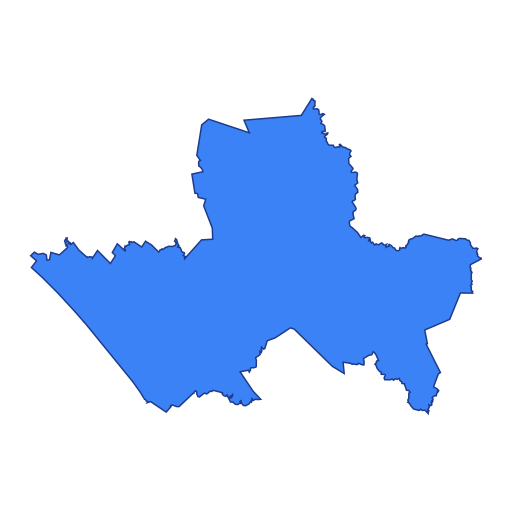 Rosario, Sinaloa, Mexico
{"feature_id": "50627088B45198070242199", "entity_name": "Rosario", "entity_type": "district", "adm_level": 2, "iso_a3": "MEX", "parent_name": "Mexico", "parent_adm1": "Sinaloa", "projection": "orthographic", "projection_center": [-105.736, 23.09], "detail": "fine", "context": "isolated", "style": "filled", "palette": "blue", "viewbox_px": 512, "rotation_deg": 0, "n_neighbors": 0, "source": "geoboundaries", "source_scale": "gbopen_adm2", "svg_char_len": 6060}
<svg xmlns="http://www.w3.org/2000/svg" viewBox="0 0 512 512"><path d="M311.9,98.5L301.3,115.4L244.0,120.2L249.3,132.8L208.6,119.2L201.7,124.9L196.8,155.4L200.4,160.5L199.0,161.1L198.6,162.6L198.8,166.0L200.4,167.1L202.3,169.5L202.9,171.7L191.9,174.1L194.9,193.2L197.6,193.6L198.2,197.4L205.7,199.2L203.7,205.9L212.3,228.1L212.7,239.2L201.5,239.9L184.6,258.8L184.6,257.4L185.3,256.4L183.3,255.6L184.5,253.5L184.2,252.6L182.1,252.1L180.2,247.6L177.6,247.1L177.8,246.3L179.0,245.8L177.7,243.5L176.7,239.8L175.6,238.7L174.6,241.2L176.2,243.1L175.4,245.4L172.3,246.5L168.4,246.3L167.0,247.2L165.9,247.2L163.0,249.4L162.7,249.0L161.7,249.0L161.4,249.6L160.1,249.8L159.3,251.6L158.6,252.0L151.6,245.0L145.5,241.2L141.7,247.0L134.0,241.8L132.4,242.5L131.4,241.7L130.3,242.3L129.6,241.5L128.8,242.1L129.5,244.7L127.8,245.0L125.7,246.5L125.1,246.0L124.4,248.5L125.5,250.4L125.1,250.9L117.3,243.8L112.3,252.5L115.4,255.7L110.4,263.5L97.5,250.5L92.5,258.1L92.4,257.1L89.7,256.7L88.8,257.2L87.5,256.9L87.1,257.4L78.9,250.1L73.3,242.5L70.7,244.6L69.9,243.9L70.5,243.4L70.3,242.9L69.5,242.6L68.7,243.0L69.0,242.0L67.9,241.0L67.0,241.3L67.1,237.9L65.9,238.2L66.0,239.2L65.0,240.0L64.6,241.3L65.5,242.8L65.3,243.8L66.2,244.4L66.0,245.8L67.2,245.5L67.0,246.1L67.7,247.4L59.4,254.9L50.9,252.4L49.5,259.7L47.0,260.2L46.3,254.9L43.2,253.4L38.1,254.3L34.4,252.1L30.7,255.7L36.5,260.9L31.4,267.5L42.5,277.6L58.0,293.2L74.4,311.0L86.6,325.0L132.7,381.6L140.1,392.0L144.6,399.3L145.5,399.6L146.3,401.0L147.8,401.7L147.2,402.7L150.6,401.6L166.2,412.1L171.0,406.6L170.4,406.0L170.8,405.4L172.5,405.0L176.7,406.6L179.1,406.6L192.9,393.5L193.8,393.4L194.5,391.6L195.4,390.8L196.6,391.6L196.7,393.7L197.9,396.5L199.4,397.0L204.1,393.3L205.2,393.2L206.2,393.9L207.4,393.6L210.1,391.2L211.8,391.5L213.1,390.3L222.4,392.7L222.1,393.7L223.5,395.5L225.9,396.4L227.0,395.0L228.5,398.1L229.1,398.1L228.9,397.3L230.2,396.7L230.9,395.8L231.5,396.1L232.5,394.7L232.6,395.9L231.5,397.6L229.3,398.0L228.9,398.8L230.5,402.0L233.2,402.3L235.2,404.2L237.5,404.6L239.1,403.7L240.4,403.4L239.8,401.5L241.1,400.7L241.2,402.7L243.0,405.1L244.1,405.7L245.9,405.6L249.0,403.9L250.6,401.6L251.4,402.1L252.0,398.6L252.7,399.3L253.0,400.5L255.9,399.1L257.3,399.6L260.7,399.3L253.1,391.2L240.1,371.8L248.5,370.2L249.3,372.1L250.5,370.0L250.4,369.0L251.0,367.7L253.7,367.8L256.2,366.8L256.4,360.4L255.6,357.7L260.1,354.6L259.8,351.4L261.2,352.6L261.8,351.2L261.9,350.6L261.2,349.6L261.6,347.2L263.3,349.2L264.8,348.6L267.2,340.8L275.2,337.8L290.3,327.9L294.1,329.0L332.4,366.4L344.2,373.5L343.1,362.2L350.1,363.2L352.3,364.3L353.1,364.0L357.0,364.6L357.9,364.3L358.1,363.4L359.5,363.5L360.3,364.1L363.1,365.0L363.2,364.6L364.0,364.7L364.1,361.4L363.4,358.6L369.0,355.2L371.7,354.8L373.2,351.7L374.0,352.2L376.0,354.7L378.5,360.6L376.7,361.0L376.0,363.2L374.9,364.2L375.8,364.9L377.3,368.7L379.7,371.6L381.2,372.1L381.2,374.3L384.5,374.4L385.2,374.9L385.3,375.5L384.1,377.9L384.7,379.7L390.0,379.8L392.2,379.1L393.6,380.2L395.2,378.8L397.4,379.4L399.3,378.4L400.1,380.8L402.0,382.1L401.9,383.4L404.7,383.8L404.5,385.1L405.1,385.8L406.5,390.3L408.5,390.4L410.1,392.2L409.3,392.5L408.8,393.4L408.8,398.2L407.8,400.1L408.5,401.4L407.8,402.3L409.9,403.7L410.4,405.3L413.6,409.0L418.9,410.4L419.9,410.1L420.5,409.2L422.4,410.5L423.8,410.2L425.1,410.4L428.2,413.5L428.2,412.2L427.4,411.6L429.0,410.9L428.5,410.0L427.7,409.7L429.2,407.5L428.9,404.8L430.6,405.7L431.9,404.8L431.4,402.8L432.3,402.3L432.5,401.7L431.9,402.0L431.6,401.3L433.0,399.6L432.9,398.5L432.2,398.0L432.2,397.4L434.9,395.7L436.3,395.8L436.6,393.4L437.7,392.4L437.5,391.3L438.4,391.3L438.7,390.5L437.2,388.9L434.0,387.1L433.7,386.4L438.3,374.0L440.4,372.5L426.1,344.1L427.4,343.7L424.7,330.0L449.7,319.3L460.4,293.0L472.7,293.1L472.3,292.1L472.6,291.3L471.7,291.0L471.2,289.3L471.3,286.9L470.5,285.5L472.0,284.4L471.3,283.2L472.2,281.1L471.0,279.2L471.4,277.8L471.2,274.7L471.9,272.5L471.3,272.3L471.5,271.3L470.5,270.5L470.9,268.2L470.2,268.0L470.1,267.5L470.5,264.6L481.3,258.9L481.2,258.2L479.4,257.6L477.5,255.8L477.7,254.3L477.1,254.0L477.3,253.1L476.6,252.1L477.0,250.0L477.9,248.7L476.5,248.0L474.8,248.4L472.8,248.2L470.4,244.6L470.4,242.9L469.0,240.4L466.9,240.1L465.6,238.8L459.5,238.4L457.9,239.2L457.4,240.2L456.2,240.6L452.5,238.9L448.5,240.2L424.2,234.2L423.1,234.4L421.2,235.9L418.8,235.9L418.0,236.5L416.0,236.0L412.2,238.8L411.0,238.8L409.0,239.9L408.4,241.5L408.8,242.5L407.7,243.5L407.5,244.5L405.8,245.8L406.0,247.5L404.7,248.1L403.5,247.6L401.3,248.2L400.5,248.2L400.0,247.6L399.6,248.5L399.6,249.9L398.8,250.6L397.0,250.7L395.5,249.8L394.6,248.0L393.2,247.8L391.1,245.4L389.2,244.4L388.3,245.2L388.8,246.3L386.9,246.6L386.1,247.3L385.7,245.8L386.4,244.4L384.9,245.1L383.5,244.8L382.7,243.5L381.5,242.9L378.3,244.9L376.1,243.8L374.5,245.0L372.6,242.2L371.3,242.8L370.3,241.1L368.6,240.7L369.0,239.7L370.3,239.8L369.7,237.8L367.3,237.4L364.5,237.7L364.1,237.0L364.8,235.6L363.5,235.3L360.8,237.5L357.7,232.7L352.0,227.5L350.4,226.5L349.8,225.5L349.3,222.5L349.5,221.1L354.1,218.6L353.2,215.0L353.1,211.9L355.7,210.0L356.1,208.6L355.5,207.0L352.1,201.9L352.7,200.9L354.2,200.5L355.4,199.4L355.0,195.4L355.8,193.7L357.8,192.4L357.5,189.4L354.7,185.3L357.8,182.8L356.8,179.5L357.5,173.5L356.7,172.5L355.4,172.1L352.1,172.5L351.2,172.1L351.2,171.0L353.0,169.0L352.9,168.2L348.9,163.5L348.6,158.9L349.2,157.7L351.0,156.4L349.6,154.5L349.9,152.7L351.0,151.0L350.8,150.4L348.9,149.2L347.8,149.2L345.4,147.5L343.0,147.2L340.1,144.3L339.3,144.9L340.2,146.2L339.6,147.0L337.8,146.8L335.5,147.5L334.2,147.2L333.2,145.2L329.2,145.2L328.0,144.2L326.1,140.2L326.4,138.4L324.5,137.0L324.4,136.4L327.3,134.3L327.9,133.1L327.1,132.9L325.6,134.3L321.6,132.8L322.2,131.4L324.9,131.6L325.3,131.0L324.6,125.7L323.0,124.3L320.9,123.5L321.9,121.2L320.2,118.7L321.2,116.9L324.4,114.3L322.8,113.6L320.4,114.6L319.5,114.5L318.9,113.4L319.1,112.0L318.6,109.6L316.9,108.7L314.3,109.2L313.4,108.8L313.3,107.4L314.5,106.7L315.1,105.6L314.8,104.7L315.1,101.3L314.9,100.9L313.2,100.2L313.3,99.4L311.9,98.5Z" fill="#3b82f6" stroke="#1e3a8a" stroke-width="1.5"/></svg>